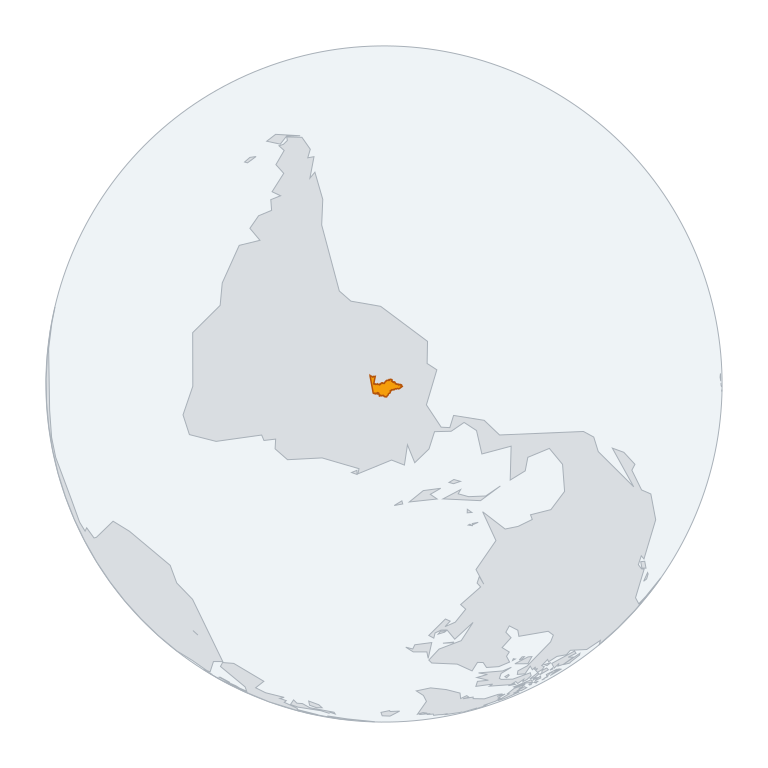 Amazonas on an orthographic globe, rotated 159°
{"feature_id": "COL-1283", "entity_name": "Amazonas", "entity_type": "Commissiary", "adm_level": 1, "iso_a3": "COL", "parent_name": "Colombia", "parent_adm1": "", "projection": "orthographic", "projection_center": [-71.672, -2.052], "detail": "fine", "context": "on_globe", "style": "filled", "palette": "amber", "viewbox_px": 768, "rotation_deg": 159, "n_neighbors": 0, "source": "natural_earth", "source_scale": "10m", "svg_char_len": 11153}
<svg xmlns="http://www.w3.org/2000/svg" viewBox="0 0 768 768"><g transform="rotate(159 384 384)"><circle cx="384" cy="384" r="338" fill="#eef3f6" stroke="#a8b0b8"/><path d="M201.6,99.5L203.2,98.5L210.1,94.3L209.6,94.5L231.1,82.7L253.3,72.4L276.3,63.7L273.9,67.1L289.9,63.5L305.4,68.6L310.8,65.9L320.2,67.7L329.9,65.7L330.0,68.2L337.7,64.6L335.7,62.7L338.4,60.8L344.0,59.8L345.1,62.4L342.5,63.3L345.7,63.7L343.9,65.6L347.9,64.1L348.6,68.2L356.2,62.9L363.6,65.1L361.8,68.2L351.3,69.5L320.9,83.5L315.9,88.9L319.3,94.3L348.5,100.1L347.3,106.2L353.7,113.3L359.2,108.6L356.3,101.6L368.2,95.6L363.1,88.9L367.2,85.9L366.4,79.4L378.1,79.0L389.9,82.6L391.2,88.4L396.5,90.6L404.6,84.6L416.1,96.3L439.4,106.4L441.1,110.2L427.6,116.8L403.9,116.7L386.3,129.5L409.4,120.4L413.3,131.8L418.9,133.8L425.5,133.3L428.6,128.9L432.3,133.2L410.9,142.6L407.2,138.9L414.0,135.6L402.8,136.1L388.4,144.5L391.5,150.6L366.5,159.9L368.4,164.8L364.0,170.1L362.6,161.4L364.6,177.8L335.6,197.7L337.7,229.4L322.9,205.2L309.9,203.0L294.1,204.4L294.1,209.4L273.2,206.9L253.9,219.0L246.1,245.0L252.7,264.6L276.0,264.0L283.3,252.3L300.6,249.1L287.6,280.4L317.7,283.6L314.3,307.4L323.0,319.4L338.2,315.8L353.9,321.4L365.3,307.2L383.5,299.5L383.9,318.8L394.0,301.0L404.2,310.3L440.5,309.5L437.7,313.9L468.3,337.2L501.2,347.9L508.9,362.5L504.9,371.4L516.3,374.3L516.5,380.2L561.3,390.6L583.8,406.5L582.7,427.2L563.3,450.4L544.2,500.5L508.8,516.1L498.8,536.3L469.5,565.3L448.3,562.6L453.4,577.4L440.8,586.0L426.7,586.4L423.6,596.7L413.1,596.8L419.6,603.6L402.1,616.6L406.3,627.5L393.5,637.8L396.7,644.0L392.0,643.8L386.9,646.0L386.3,649.5L372.2,643.7L368.7,629.6L374.1,622.5L367.9,621.3L379.4,602.7L372.6,606.5L375.0,578.3L385.2,554.8L392.4,486.8L385.2,473.2L359.3,457.7L328.1,408.2L336.4,387.7L329.6,378.3L351.9,349.3L346.1,323.2L338.2,319.7L330.3,329.7L303.5,314.2L294.4,295.0L214.8,268.2L207.2,259.3L208.2,244.1L187.7,198.5L193.8,242.3L184.6,234.3L178.5,219.1L183.5,214.7L181.5,192.8L174.3,185.7L179.0,159.9L204.0,127.5L205.4,131.4L211.3,124.2L209.9,119.2L207.5,117.9L225.8,94.3L224.9,87.5L213.4,93.0L224.7,86.7L195.3,103.7L195.1,103.8L201.6,99.5ZM66.1,273.3L68.6,265.9L67.8,269.9L66.1,273.3ZM69.8,261.9L69.0,264.3L69.6,262.4L69.8,261.9ZM69.9,260.9L69.8,261.6L69.6,261.6L69.9,260.9ZM69.8,260.6L70.0,260.4L69.8,260.7L69.8,260.6ZM335.7,240.5L370.1,255.6L350.3,258.0L354.1,254.9L345.4,248.5L329.2,243.0L311.9,247.1L335.7,240.5ZM70.7,257.7L71.0,256.8L71.4,255.9L70.7,257.7ZM351.6,222.1L345.6,221.1L351.6,220.8L351.6,222.1ZM205.4,118.2L209.2,119.7L208.0,126.1L204.1,125.1L205.4,118.2ZM208.7,107.9L212.3,106.8L205.5,113.5L205.5,112.0L208.7,107.9ZM203.6,98.5L205.4,97.8L201.4,100.0L203.6,98.5ZM360.0,80.2L363.1,79.8L361.7,81.2L360.0,80.2ZM356.7,77.9L352.8,79.8L350.6,79.1L353.1,77.9L356.7,77.9ZM362.1,75.9L347.3,77.6L343.6,76.5L349.9,71.3L362.1,75.9ZM332.7,62.7L335.0,64.6L328.0,64.1L332.7,62.7ZM327.5,63.0L301.8,66.4L301.2,63.8L309.9,62.9L304.9,61.1L317.2,58.0L322.7,58.3L320.7,60.4L326.9,57.8L327.5,63.0ZM339.0,60.0L333.9,60.6L332.9,58.3L343.0,56.7L340.1,57.9L339.0,60.0ZM297.6,62.4L298.6,60.9L308.9,57.8L310.7,56.9L317.4,57.8L297.6,62.4ZM343.1,57.9L348.2,56.1L353.7,56.4L343.9,59.3L343.1,57.9ZM328.4,58.5L328.5,57.5L331.7,57.4L328.4,58.5ZM376.0,57.8L369.9,57.9L368.9,56.5L376.0,57.8ZM349.7,55.5L347.7,55.4L346.7,55.1L351.0,54.1L349.7,55.5ZM324.2,55.9L328.2,55.2L322.0,55.3L329.4,53.6L332.5,54.7L334.3,53.5L336.6,53.0L336.6,54.6L324.2,55.9ZM352.2,52.3L358.7,54.0L370.3,53.8L371.5,54.8L352.7,55.1L352.2,52.3ZM343.0,53.4L349.0,52.8L347.5,54.0L342.5,55.2L343.0,53.4ZM333.3,52.3L321.1,54.6L320.8,54.3L333.3,52.3ZM355.8,51.9L354.2,51.6L356.8,51.7L355.8,51.9ZM340.6,51.7L336.3,52.4L336.1,52.1L340.6,51.7ZM354.4,50.6L356.5,51.0L353.2,51.6L354.4,50.6ZM348.3,50.9L349.1,50.3L350.8,51.6L346.4,51.2L348.3,50.9ZM341.1,51.3L339.6,51.3L342.9,51.1L341.1,51.3ZM365.8,48.5L368.7,50.0L361.4,51.1L359.6,49.4L365.8,48.5ZM395.7,655.9L373.3,645.8L386.0,650.4L394.9,645.1L406.5,652.7L395.7,655.9ZM421.9,642.2L432.2,639.4L434.6,641.2L428.0,643.6L421.9,642.2ZM627.6,149.8L618.9,141.4L625.5,148.2L636.7,159.6L644.0,168.1L650.1,175.8L642.3,166.2L622.3,146.4L622.2,151.0L637.9,178.9L634.5,181.8L624.4,177.0L602.7,149.5L612.7,146.4L605.2,138.2L589.5,127.2L593.9,127.8L588.7,123.4L591.2,122.6L581.2,112.3L581.7,111.2L564.8,99.3L562.8,97.6L573.4,104.8L580.9,109.8L580.9,109.4L605.2,128.5L627.6,149.8ZM572.9,103.8L575.2,105.5L554.0,92.3L555.8,94.4L538.5,84.6L513.7,72.0L544.1,86.4L572.9,103.8ZM663.6,573.7L671.6,561.2L684.4,537.2L705.5,479.5L713.4,453.5L716.8,433.2L717.2,388.5L717.7,364.1L715.8,353.8L713.1,356.3L709.9,344.2L707.5,343.9L686.1,353.0L674.4,337.7L648.6,291.3L648.8,272.5L639.9,251.6L634.0,182.6L642.7,186.0L649.5,177.6L652.1,180.0L662.1,194.8L673.1,209.1L684.9,230.1L695.0,251.9L703.7,274.4L710.7,297.5L716.0,320.9L719.6,344.7L721.6,368.7L721.8,392.8L720.3,416.8L717.1,440.7L712.2,464.3L705.7,487.5L697.5,510.1L687.7,532.1L676.4,553.4L663.6,573.7ZM647.7,216.3L650.7,222.3L647.7,216.3ZM441.6,309.2L446.0,313.0L440.2,313.1L441.6,309.2ZM347.5,265.7L354.8,266.0L358.6,268.8L353.0,269.8L347.5,265.7ZM409.5,265.3L418.0,266.9L409.2,268.5L409.5,265.3ZM375.6,257.6L402.7,264.8L385.5,270.4L368.4,266.3L380.3,264.4L375.6,257.6ZM348.0,232.6L352.5,233.9L351.1,237.2L348.0,232.6ZM355.9,222.1L354.1,222.4L351.9,219.8L355.9,222.1ZM414.5,131.2L416.4,130.6L423.1,131.1L419.9,132.9L414.5,131.2ZM452.7,123.4L458.0,130.5L452.1,126.3L448.7,129.5L432.1,125.5L441.1,112.0L440.0,118.5L452.7,123.4ZM412.4,117.7L421.9,120.9L411.1,118.0L412.4,117.7ZM557.8,103.9L563.0,106.0L568.6,110.8L567.9,115.0L559.8,107.9L557.8,103.9ZM569.2,108.3L548.3,95.5L547.8,93.4L551.6,96.5L553.4,96.4L560.0,101.6L580.0,113.1L586.2,118.3L581.6,121.5L579.7,117.2L574.7,114.9L569.2,108.3ZM495.7,76.1L486.6,73.0L497.4,71.8L504.6,74.9L504.5,78.5L495.8,77.1L495.7,76.1ZM376.0,67.5L371.8,68.2L371.5,67.2L374.8,65.8L376.0,67.5ZM373.3,57.9L393.8,64.1L390.1,64.9L406.6,68.8L403.3,72.9L392.7,70.0L402.5,76.7L391.5,75.8L399.3,80.4L376.0,73.6L366.6,73.9L378.4,71.8L381.8,67.8L380.4,66.2L369.5,62.3L350.9,62.0L351.2,58.9L356.4,56.9L361.0,56.4L359.3,58.3L366.5,56.5L367.6,59.0L373.3,57.9ZM417.2,48.0L413.3,48.2L428.1,49.3L429.2,50.0L430.8,50.1L435.9,51.3L444.9,53.3L443.9,53.7L447.8,54.4L451.3,55.6L456.4,56.9L456.3,58.2L462.5,60.1L458.9,59.7L469.6,62.8L461.6,61.2L465.3,63.3L471.1,63.7L458.1,72.5L458.8,79.1L463.8,85.9L449.4,83.6L435.4,76.4L423.8,68.2L425.2,62.9L418.4,63.4L417.0,61.2L423.0,61.8L413.0,59.8L413.5,58.3L403.1,54.1L388.5,53.3L384.4,52.2L390.3,51.8L382.0,51.1L390.5,49.9L387.7,49.2L393.2,47.9L406.4,48.3L402.3,47.7L406.3,47.3L417.2,48.0ZM367.8,48.1L383.2,47.2L391.4,47.6L378.3,49.9L379.6,50.6L371.5,53.2L359.8,53.0L363.2,52.1L363.8,51.4L367.2,51.7L364.9,50.9L369.5,49.9L368.9,49.2L374.1,49.0L367.8,48.1ZM648.5,174.5L649.3,175.2L649.1,174.6L654.8,182.0L648.5,174.5ZM635.2,161.1L635.0,160.1L643.0,169.3L642.1,169.1L635.2,161.1ZM628.1,152.3L634.4,159.3L630.5,155.4L628.1,152.3ZM572.4,103.9L571.4,103.0L573.9,104.7L577.6,107.3L572.4,103.9Z" fill="#d9dde1" stroke="#a8b0b8" stroke-width="1"/><path d="M397.3,379.2L397.3,379.5L397.2,380.0L397.2,380.3L397.1,380.7L397.1,380.8L397.0,381.1L394.1,396.7L394.0,396.9L393.9,396.6L393.7,396.3L393.5,396.1L392.9,395.8L392.7,395.7L392.6,395.3L392.6,395.1L392.4,394.8L392.2,394.6L391.8,394.4L391.6,394.4L391.5,394.5L391.3,394.7L391.1,394.8L390.9,394.8L390.6,394.7L389.8,394.2L389.5,394.2L393.5,387.9L393.4,387.8L393.3,387.4L393.2,387.4L393.1,387.5L392.9,387.6L392.9,387.4L392.6,387.4L392.4,387.3L392.3,387.0L392.2,386.9L391.9,387.0L391.7,387.0L391.6,386.9L391.8,386.8L391.8,386.6L391.7,386.6L391.3,386.6L391.2,386.6L391.1,386.4L390.9,386.3L390.7,386.3L390.6,386.2L390.4,386.1L390.3,386.3L390.0,386.4L390.0,386.1L389.9,386.0L389.7,385.9L389.7,385.7L389.4,385.6L389.2,385.5L389.0,385.4L388.7,385.1L388.5,384.9L388.4,385.0L388.0,384.9L387.8,384.9L387.8,385.1L387.8,385.3L387.6,385.2L387.3,385.2L387.1,385.2L387.0,385.5L386.8,385.6L386.7,385.7L386.3,385.7L386.1,385.7L385.7,385.9L385.4,385.8L385.4,385.7L385.5,385.7L385.4,385.4L385.3,385.2L385.2,385.2L385.1,385.3L385.1,385.5L384.9,385.5L384.9,385.4L384.9,385.2L384.4,384.9L384.1,384.7L383.8,384.8L383.6,384.8L383.6,384.7L383.4,384.5L383.1,384.8L382.8,385.1L382.5,385.4L382.4,385.5L381.9,385.6L381.7,385.6L381.4,385.8L381.1,386.1L380.6,386.0L380.4,386.1L380.4,386.3L380.0,386.3L379.8,386.4L379.7,386.3L379.5,386.2L378.9,386.0L378.7,386.0L378.5,385.7L378.4,385.7L378.2,385.8L378.0,386.1L377.9,386.2L377.7,385.9L377.6,386.1L377.4,386.0L377.3,385.9L377.0,386.1L376.9,386.1L376.6,386.2L376.4,385.8L376.2,385.7L375.8,385.5L375.7,385.7L375.3,385.5L375.2,385.4L375.2,385.2L375.0,384.9L375.3,384.5L375.3,384.4L375.5,384.1L375.4,384.1L375.3,383.7L375.2,383.5L375.2,383.4L375.2,383.1L375.1,382.8L375.0,382.7L374.9,382.4L374.7,382.2L374.6,382.3L374.4,382.3L374.2,382.5L373.9,382.3L373.6,382.3L373.5,382.2L373.2,381.9L373.1,381.5L373.1,381.4L373.3,381.2L373.3,380.8L373.2,380.6L373.0,380.4L372.8,380.3L372.7,380.2L372.9,380.0L372.7,379.9L372.7,379.7L372.4,379.3L372.2,379.2L371.9,379.1L371.7,378.9L371.5,379.1L371.4,379.1L371.1,379.0L371.0,378.9L370.9,378.8L370.7,378.5L370.6,378.4L370.5,378.5L370.4,378.4L370.4,378.2L370.3,378.3L370.2,378.3L369.9,377.8L369.7,377.9L369.2,377.8L368.9,377.7L368.7,377.6L368.5,377.2L368.4,377.1L368.2,377.0L368.3,376.9L368.5,376.9L368.4,376.6L368.5,376.5L368.4,376.5L368.2,376.5L368.0,376.3L368.0,376.2L368.1,375.9L367.8,375.2L371.1,374.2L371.5,374.3L371.9,374.2L372.0,374.2L372.2,374.3L372.3,374.4L372.4,374.5L372.5,374.6L372.8,374.9L372.9,375.0L373.3,375.0L373.6,375.0L373.9,375.0L374.0,375.0L374.2,374.9L374.3,374.9L374.5,375.1L374.7,375.3L375.0,375.5L375.4,375.4L375.6,375.4L375.8,375.3L376.2,375.0L376.8,375.5L377.3,375.4L377.5,375.2L377.8,375.3L378.4,375.8L378.6,375.9L378.8,375.9L379.0,375.7L379.2,375.4L379.4,375.2L379.6,375.2L379.8,375.3L379.9,375.5L380.2,375.6L380.4,375.6L380.6,375.4L380.7,375.2L380.7,374.8L380.7,374.7L380.8,374.5L381.0,374.2L381.2,373.9L381.3,373.8L381.6,373.7L381.8,373.4L382.0,373.4L383.0,373.4L383.4,373.2L383.5,373.1L383.6,372.9L383.7,372.7L383.9,372.4L384.3,372.2L385.4,371.7L385.7,371.5L386.1,371.1L386.4,371.3L386.5,371.3L386.8,371.2L387.0,371.3L387.1,371.6L387.7,371.9L387.8,371.9L388.0,371.9L388.1,372.0L388.3,372.2L388.4,372.4L388.4,372.5L388.3,372.8L388.5,373.0L388.7,373.4L388.9,373.8L389.1,373.8L389.3,373.8L389.4,373.6L389.5,373.6L389.9,373.8L390.0,373.8L390.3,373.8L390.4,374.0L390.5,374.0L390.8,374.0L391.0,374.1L391.2,374.3L391.2,374.6L391.5,374.6L391.8,374.7L392.0,374.4L392.3,374.3L392.6,374.4L392.6,374.5L392.2,374.9L392.1,375.1L392.3,375.2L392.4,375.3L392.4,375.8L392.5,376.1L392.3,376.3L392.2,376.3L392.3,376.6L392.5,376.7L392.6,376.9L392.5,377.1L392.3,377.2L392.2,377.3L392.2,377.5L392.3,377.6L392.5,377.7L392.8,377.5L392.7,377.9L393.0,378.2L393.2,378.3L393.3,378.2L393.4,377.9L393.2,377.8L393.1,377.7L393.3,377.5L393.4,377.4L393.6,377.5L393.7,377.4L393.8,377.4L394.0,377.4L394.3,377.3L394.5,377.4L394.4,377.4L394.4,377.5L394.3,377.8L394.2,378.0L394.3,378.1L394.7,378.0L394.8,378.0L395.1,378.1L395.3,378.0L395.3,377.9L395.5,377.8L395.9,378.0L396.0,378.2L395.9,378.5L395.9,378.8L396.0,378.8L396.3,378.6L396.8,378.8L397.0,378.9L397.1,379.0L397.3,379.2Z" fill="#f59e0b" stroke="#b45309" stroke-width="1.5"/></g></svg>